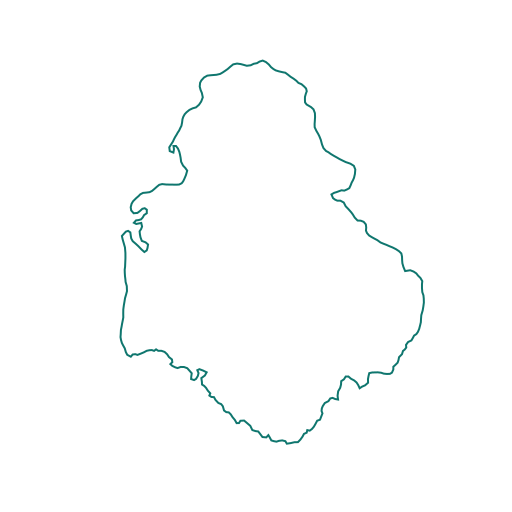 the district of Pintópolis, Minas Gerais, Brazil, rotated 164°
{"feature_id": "56859067B18460056195803", "entity_name": "Pintópolis", "entity_type": "district", "adm_level": 2, "iso_a3": "BRA", "parent_name": "Brazil", "parent_adm1": "Minas Gerais", "projection": "robinson", "projection_center": [-45.235, -16.058], "detail": "fine", "context": "isolated", "style": "outline", "palette": "teal", "viewbox_px": 512, "rotation_deg": 164, "n_neighbors": 0, "source": "geoboundaries", "source_scale": "gbopen_adm2", "svg_char_len": 5139}
<svg xmlns="http://www.w3.org/2000/svg" viewBox="0 0 512 512"><g transform="rotate(164 256 256)"><path d="M157.5,106.4L155.3,109.0L154.5,111.7L152.2,112.8L149.3,114.4L147.7,116.7L146.4,119.3L142.7,121.4L140.9,124.2L138.8,125.1L136.8,126.6L136.3,129.2L133.5,131.4L129.9,132.0L127.8,134.0L126.0,135.9L123.4,136.7L121.3,138.4L119.2,141.0L117.2,144.4L115.8,146.9L114.7,150.1L113.4,153.6L110.8,157.7L109.2,161.0L107.5,164.9L106.5,168.7L105.9,172.0L106.1,175.4L105.3,179.4L104.2,183.2L103.1,186.0L104.0,189.6L105.6,192.4L106.7,195.1L108.8,197.6L111.7,199.8L116.8,200.4L117.3,204.9L117.3,208.6L116.7,211.6L115.8,215.2L115.6,218.4L117.2,221.2L119.6,224.0L122.4,226.6L125.1,228.7L127.6,230.8L130.0,232.6L132.6,234.7L135.0,237.8L137.4,240.1L139.4,242.1L141.6,244.5L143.0,247.5L143.3,250.1L142.2,253.0L141.7,256.1L143.1,259.2L145.6,261.1L148.6,262.1L150.5,265.7L151.5,269.3L152.4,271.7L154.2,275.5L156.1,279.1L156.9,283.2L159.6,285.9L162.6,286.8L164.5,288.4L166.0,290.4L166.5,294.4L163.4,295.2L161.1,295.2L158.4,295.4L155.7,295.6L153.1,294.5L150.1,294.9L147.6,295.5L145.6,297.8L143.8,300.2L141.9,302.1L140.2,304.2L138.3,307.6L136.7,311.8L137.1,315.7L139.8,318.7L141.9,320.2L143.8,321.5L146.6,324.0L149.0,326.2L150.9,328.2L153.5,330.8L156.1,333.6L157.8,335.8L159.7,337.6L161.4,341.1L161.8,345.0L161.7,349.8L162.1,353.7L162.6,356.3L163.5,359.8L164.1,363.6L163.3,366.7L162.3,369.4L160.9,373.4L160.0,377.1L160.3,381.1L162.0,383.9L163.7,385.7L165.6,387.7L166.5,390.1L165.9,392.7L165.1,395.4L163.4,398.2L161.8,400.4L161.7,403.2L163.0,405.7L164.9,408.6L167.5,410.7L168.9,413.3L171.0,416.1L173.4,418.8L175.3,421.5L177.3,424.1L179.7,425.3L183.1,427.2L185.9,429.0L187.7,430.9L189.5,433.4L190.9,436.6L193.0,439.7L195.7,442.0L199.1,441.9L201.9,441.1L205.2,441.4L208.5,440.8L212.4,441.4L215.3,443.2L217.8,444.7L221.2,446.2L225.1,446.5L228.4,445.1L231.8,443.5L234.7,442.5L237.5,441.6L240.3,440.9L244.1,441.1L247.5,441.8L250.6,442.4L253.1,442.8L256.8,441.9L260.2,439.8L262.0,437.9L263.4,434.4L263.5,430.9L263.1,427.7L263.4,423.2L266.1,419.6L269.1,417.1L272.7,415.4L276.2,415.4L279.7,414.8L283.2,413.3L285.5,411.9L287.5,409.9L289.0,407.7L290.3,404.6L291.8,401.7L293.5,399.9L295.3,397.8L297.1,396.3L298.9,394.5L301.0,392.6L302.7,390.8L304.3,388.9L306.8,386.7L309.4,384.4L310.0,380.6L306.9,378.2L305.4,381.3L305.0,384.5L302.6,383.8L301.4,380.8L301.0,377.3L301.1,374.5L301.4,371.2L302.0,367.2L301.2,363.0L299.7,360.1L298.6,357.0L301.1,353.0L303.7,349.8L305.5,347.8L307.4,346.4L310.2,345.9L312.9,346.5L315.5,347.3L319.2,348.4L322.7,349.5L326.4,351.0L329.4,351.1L332.2,349.9L335.3,348.4L338.0,347.2L340.7,346.7L344.0,347.2L347.2,347.8L350.2,347.2L352.3,346.0L355.3,344.6L359.1,342.5L361.2,340.5L363.0,337.4L363.4,334.2L361.8,330.8L358.1,330.1L355.2,331.2L352.2,332.7L349.8,332.6L348.2,330.6L349.2,327.2L352.3,326.2L354.2,324.3L356.4,322.9L359.1,322.9L361.5,323.3L364.2,321.6L362.3,319.8L357.2,319.4L357.4,315.7L359.0,313.6L361.1,311.8L361.6,308.9L361.9,305.9L361.6,302.0L358.4,299.6L356.6,296.8L358.1,293.6L359.5,291.5L362.2,290.6L364.3,293.9L366.4,297.9L368.1,300.7L370.4,304.2L371.1,307.2L370.8,309.9L370.3,313.3L372.0,315.4L374.4,315.3L377.0,313.7L379.4,312.2L379.6,308.9L379.6,304.3L379.6,300.4L380.1,297.9L380.7,294.9L381.4,292.4L382.2,289.6L383.4,286.0L384.8,281.8L386.0,279.0L386.8,275.9L387.5,272.7L388.0,269.5L388.5,267.0L388.5,262.7L389.7,257.8L391.6,254.6L393.5,251.6L394.9,248.6L396.6,245.1L398.3,241.2L399.5,237.2L400.5,233.5L402.0,230.5L403.6,227.4L404.7,225.1L406.2,222.2L407.6,218.1L408.6,215.4L408.9,212.5L408.9,209.4L408.4,206.8L407.6,203.4L407.6,199.5L407.0,196.5L404.1,193.7L401.7,195.3L399.1,194.9L397.2,193.6L393.8,193.9L390.4,194.3L387.2,195.0L384.4,194.8L382.1,194.3L380.1,192.9L377.8,193.8L376.1,191.8L373.0,190.9L370.3,189.0L368.5,186.0L367.5,182.8L365.3,179.7L365.7,177.0L368.1,175.7L366.8,173.5L364.4,171.3L362.3,169.9L359.0,170.1L355.9,169.2L353.0,167.1L351.6,164.2L350.1,161.0L351.4,158.1L352.3,155.6L349.7,153.8L347.5,154.4L345.0,156.7L343.5,159.3L343.9,162.4L341.6,162.8L338.5,160.5L335.5,157.8L338.1,155.2L342.2,153.7L342.7,149.9L343.3,147.3L341.6,145.4L340.4,143.1L339.4,139.8L337.8,136.6L339.3,134.7L337.7,132.8L335.3,131.9L334.6,128.8L332.7,125.1L330.3,123.2L329.3,120.7L329.3,116.3L327.6,114.1L325.3,113.2L323.9,110.7L323.0,107.6L321.5,104.2L320.7,100.7L318.4,100.1L316.4,101.9L312.8,101.1L310.6,97.8L308.3,94.3L307.5,89.7L304.7,87.8L302.2,86.7L301.1,83.9L299.7,80.2L296.1,78.8L293.5,80.4L292.8,77.8L292.1,74.5L289.9,73.1L287.5,71.9L284.9,72.0L281.6,71.5L278.8,69.9L278.1,67.1L274.4,66.6L270.4,66.4L267.0,65.5L263.9,67.3L261.0,69.6L258.9,71.8L256.0,72.2L254.7,74.5L252.5,73.3L249.9,74.3L247.5,75.9L245.4,77.9L242.6,80.8L239.6,81.0L238.0,83.1L235.5,86.4L235.7,89.0L234.7,91.4L233.2,93.3L230.4,95.7L226.4,96.5L223.9,98.6L221.5,98.5L219.3,96.7L216.7,95.4L216.1,99.2L214.3,103.3L211.4,106.1L209.7,109.0L208.6,112.2L205.5,113.2L203.0,115.4L200.4,114.7L198.5,111.8L196.0,109.4L194.2,106.7L193.3,103.7L192.8,100.3L190.0,101.2L186.8,101.6L183.2,103.3L182.3,106.8L180.9,109.6L179.4,112.2L176.4,112.0L173.7,111.3L171.0,110.6L167.9,109.3L165.6,107.7L162.6,106.5L159.7,105.8L157.5,106.4Z" fill="none" stroke="#0f766e" stroke-width="2"/></g></svg>